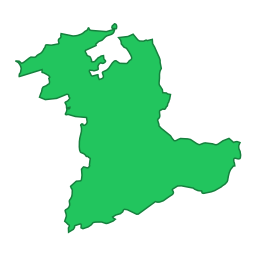 an SVG outline of Bern
{"feature_id": "CHE-3424", "entity_name": "Bern", "entity_type": "Canton", "adm_level": 1, "iso_a3": "CHE", "parent_name": "Switzerland", "parent_adm1": "", "projection": "mercator", "projection_center": [7.53, 46.838], "detail": "fine", "context": "isolated", "style": "filled", "palette": "green", "viewbox_px": 256, "rotation_deg": 0, "n_neighbors": 0, "source": "natural_earth", "source_scale": "10m", "svg_char_len": 5625}
<svg xmlns="http://www.w3.org/2000/svg" viewBox="0 0 256 256"><path d="M240.0,142.6L238.8,145.4L238.7,146.4L238.8,148.3L239.2,149.5L240.0,151.2L240.2,152.0L240.3,153.1L240.5,154.0L240.6,154.8L240.6,155.7L240.3,157.9L239.8,158.6L238.8,158.9L237.6,158.8L235.3,158.2L234.4,158.3L233.7,159.1L233.8,161.5L234.4,163.2L234.8,165.9L233.3,166.1L230.6,169.5L229.8,171.2L229.2,172.8L228.4,176.0L227.6,180.5L227.1,181.7L226.3,182.7L224.9,184.2L222.7,185.6L221.2,186.9L214.7,190.6L211.3,191.8L204.0,193.3L203.2,193.3L202.4,193.1L202.0,192.7L201.9,192.1L201.8,191.2L201.6,191.0L197.9,190.6L194.5,189.1L193.3,188.1L181.3,185.8L177.6,186.0L173.1,188.8L172.3,189.6L172.3,189.9L173.2,191.6L173.4,192.3L173.4,192.9L172.9,193.9L172.4,194.5L168.6,197.0L163.4,200.7L160.4,201.8L159.2,202.1L157.0,202.1L155.4,201.6L138.3,214.1L136.6,214.2L127.3,209.7L124.4,209.3L123.7,209.7L123.3,210.1L122.9,211.4L122.6,211.9L121.0,213.1L120.6,213.6L115.8,215.0L112.6,217.0L113.4,218.1L115.3,219.2L113.2,221.0L108.2,223.1L107.0,223.4L106.1,223.5L101.5,222.0L95.4,222.1L93.4,222.5L92.7,223.0L91.4,224.7L88.2,226.9L82.9,228.7L82.0,228.2L81.2,228.0L81.0,227.5L81.2,225.9L81.1,224.4L80.7,224.0L79.9,224.0L75.3,225.5L74.8,225.8L74.6,226.1L74.5,227.4L73.4,229.3L68.6,232.2L68.4,228.0L68.7,227.3L69.4,226.2L69.3,225.5L68.9,224.9L68.1,224.5L66.1,222.4L64.7,221.3L66.3,216.3L66.3,215.2L66.0,213.6L65.5,212.3L65.1,210.6L65.5,209.9L67.8,208.5L69.1,206.8L69.6,205.4L69.7,204.1L69.3,201.4L69.4,200.6L69.8,199.8L70.6,198.8L71.6,196.8L72.0,195.2L72.2,193.5L72.2,192.2L72.3,190.7L72.2,189.9L72.0,189.2L71.2,188.0L70.6,186.3L76.3,181.2L80.2,180.9L80.8,180.7L81.4,179.8L81.7,178.0L82.0,175.2L81.5,169.2L83.0,167.4L83.6,166.9L85.7,167.4L86.9,167.8L87.9,167.9L89.2,166.6L89.7,165.9L89.4,165.1L90.0,160.1L90.3,158.7L90.1,158.3L88.6,157.3L88.3,156.9L87.9,156.5L87.4,156.4L86.8,156.5L86.3,156.3L85.9,155.9L85.3,154.9L84.1,153.9L83.4,153.5L81.0,152.5L80.5,152.1L80.2,151.5L79.6,149.9L79.3,146.9L79.4,141.5L79.8,138.3L81.4,131.5L81.5,128.4L81.1,126.3L80.7,125.4L80.8,124.8L81.8,123.9L82.7,124.0L82.9,124.2L82.9,124.8L83.1,125.0L83.6,125.3L84.4,125.3L85.2,124.9L86.5,123.8L87.2,122.1L86.5,117.5L75.3,116.5L68.1,114.4L66.6,114.7L66.0,114.7L65.5,114.4L65.4,113.9L66.4,111.8L66.7,110.6L66.9,109.6L66.5,107.4L66.5,106.1L66.3,105.2L66.0,104.4L65.2,103.0L65.1,102.5L65.4,102.1L67.2,101.2L68.0,100.6L69.5,98.8L69.8,98.0L68.9,96.7L68.7,95.3L68.6,95.0L68.2,94.6L66.9,94.2L56.6,98.4L45.3,99.6L39.5,97.2L40.8,93.5L41.5,92.0L42.2,88.6L42.7,87.7L43.2,87.0L46.3,85.7L47.8,84.5L49.1,83.8L49.3,83.4L49.5,82.6L49.5,81.5L49.2,79.8L48.8,78.3L49.0,78.1L49.7,77.4L49.8,77.1L49.2,76.2L48.1,75.2L44.0,72.9L42.1,72.4L42.0,69.6L19.6,76.5L19.2,76.5L19.2,75.2L19.5,73.8L20.2,73.0L20.5,72.4L21.0,69.8L21.2,68.4L21.0,67.6L20.7,66.5L19.9,64.7L18.3,62.5L15.4,60.9L19.2,61.2L20.5,62.3L21.0,62.9L21.6,63.2L22.7,62.9L24.2,62.0L29.3,58.0L30.9,57.1L34.1,57.3L35.6,57.0L37.1,55.4L38.4,54.5L40.7,53.3L42.2,51.8L43.2,50.4L43.8,49.0L44.9,47.5L45.2,46.7L45.5,45.5L46.0,44.9L47.0,44.8L51.3,45.2L58.3,43.9L59.0,43.2L58.7,42.3L58.4,40.8L58.4,40.2L58.5,39.7L58.8,39.1L60.2,38.0L60.7,37.4L61.0,36.6L60.8,35.7L61.1,33.6L73.0,36.0L75.7,35.8L77.8,35.4L81.4,34.1L83.0,33.1L84.1,32.2L84.7,31.6L85.4,31.1L86.5,30.6L87.3,29.9L87.8,29.1L88.1,28.2L88.4,27.9L88.8,28.0L89.6,29.8L91.0,30.4L106.4,31.6L114.8,29.2L113.7,32.4L112.9,33.4L111.6,34.3L107.0,35.8L106.0,36.4L104.8,37.4L103.2,39.1L101.9,40.3L98.7,41.5L95.8,44.1L96.1,45.5L85.6,50.3L85.2,51.3L85.9,53.0L86.4,53.7L86.8,54.9L87.3,55.5L87.9,55.9L89.5,56.5L90.2,57.0L90.5,57.6L91.5,60.0L91.6,60.6L91.4,61.5L91.7,61.7L92.6,61.9L94.1,61.7L95.2,61.1L96.3,59.7L97.6,58.5L98.3,57.6L99.5,57.3L100.5,56.4L101.3,56.0L103.5,55.6L103.8,58.3L104.0,59.2L104.5,59.8L105.1,60.3L105.6,61.1L105.1,62.1L103.6,63.2L102.6,63.4L101.7,63.2L101.1,62.8L100.6,62.8L99.0,64.1L98.2,65.4L97.9,66.4L98.2,68.4L98.1,69.4L97.0,70.0L94.5,70.7L93.9,70.8L92.4,70.4L91.5,70.4L89.9,70.1L89.5,70.3L89.3,71.2L89.4,71.8L90.3,73.4L91.1,75.2L91.9,75.9L92.4,76.1L96.5,75.0L97.6,74.7L98.0,74.8L98.1,76.7L99.3,79.5L101.9,78.6L102.8,78.0L103.3,77.4L103.4,76.2L103.2,75.2L102.5,73.3L102.4,72.5L102.9,71.9L106.7,70.1L108.7,68.3L112.4,62.9L114.4,61.0L115.9,60.7L119.7,63.3L126.2,63.5L127.0,63.4L128.5,61.9L129.4,60.6L130.7,59.9L131.2,59.4L131.5,58.8L131.7,58.1L131.5,56.9L130.8,55.2L128.8,51.6L126.5,48.3L123.9,47.1L121.3,43.9L121.2,42.3L120.6,40.1L118.6,37.6L128.0,36.5L133.1,34.2L137.8,39.9L139.5,41.0L143.4,41.2L146.1,40.1L147.4,40.6L152.3,39.4L152.6,43.5L152.8,44.0L154.6,47.1L158.3,55.5L158.9,56.7L159.6,58.5L160.1,60.2L160.1,62.3L161.3,68.5L160.2,70.6L159.8,72.0L159.5,74.1L159.5,78.2L159.1,82.4L159.1,83.7L159.4,85.1L160.6,86.8L161.6,88.5L162.3,89.4L162.8,92.7L166.5,93.0L167.5,93.9L170.5,94.5L169.6,99.3L169.2,100.1L168.7,102.0L167.9,103.3L167.7,103.8L167.5,105.1L167.4,105.7L167.1,106.2L166.4,106.7L165.8,107.9L165.4,108.7L164.7,109.2L164.0,109.3L162.9,109.0L162.5,109.1L161.5,109.8L160.2,110.3L159.7,110.7L159.5,111.5L159.5,112.8L159.8,115.3L159.7,116.8L159.2,117.9L157.9,119.3L157.6,120.2L158.9,124.3L159.0,125.9L161.2,128.3L170.5,135.8L172.1,138.3L174.0,140.6L174.9,140.8L176.0,140.6L178.1,139.5L180.5,138.5L187.8,138.9L190.5,139.5L196.7,143.6L198.4,144.4L199.5,144.7L200.2,144.5L203.5,143.2L205.2,142.9L212.5,143.8L215.2,144.7L216.6,144.7L218.1,144.1L222.9,140.8L229.0,138.4L233.7,142.5L234.6,142.0L236.5,141.6L237.2,141.6L240.0,142.6ZM69.0,108.8L69.4,108.6L69.9,107.9L69.9,107.2L67.8,107.8L68.3,108.8L68.7,108.7L69.0,108.8ZM114.5,23.8L115.6,24.1L116.4,25.1L116.6,26.0L116.7,26.9L116.5,28.0L116.4,28.6L115.2,28.7L112.5,28.4L112.0,28.0L111.9,27.4L112.2,26.0L114.5,23.8Z" fill="#22c55e" stroke="#15803d" stroke-width="1.5"/></svg>